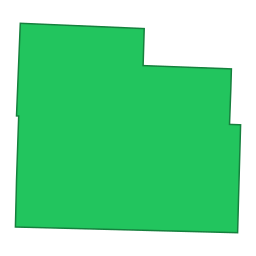 Cedar, Missouri, United States of America
{"feature_id": "52423323B54382841940119", "entity_name": "Cedar", "entity_type": "district", "adm_level": 2, "iso_a3": "USA", "parent_name": "United States of America", "parent_adm1": "Missouri", "projection": "equal_earth", "projection_center": [-93.826, 37.737], "detail": "fine", "context": "isolated", "style": "filled", "palette": "green", "viewbox_px": 256, "rotation_deg": 0, "n_neighbors": 0, "source": "geoboundaries", "source_scale": "gbopen_adm2", "svg_char_len": 301}
<svg xmlns="http://www.w3.org/2000/svg" viewBox="0 0 256 256"><path d="M237.6,232.7L238.6,195.5L240.6,124.8L229.5,124.4L230.8,89.5L231.4,68.9L143.1,65.6L144.2,28.6L20.3,23.3L16.5,115.9L18.7,116.0L16.5,180.6L16.3,189.9L15.4,227.0L237.6,232.7Z" fill="#22c55e" stroke="#15803d" stroke-width="1.5"/></svg>